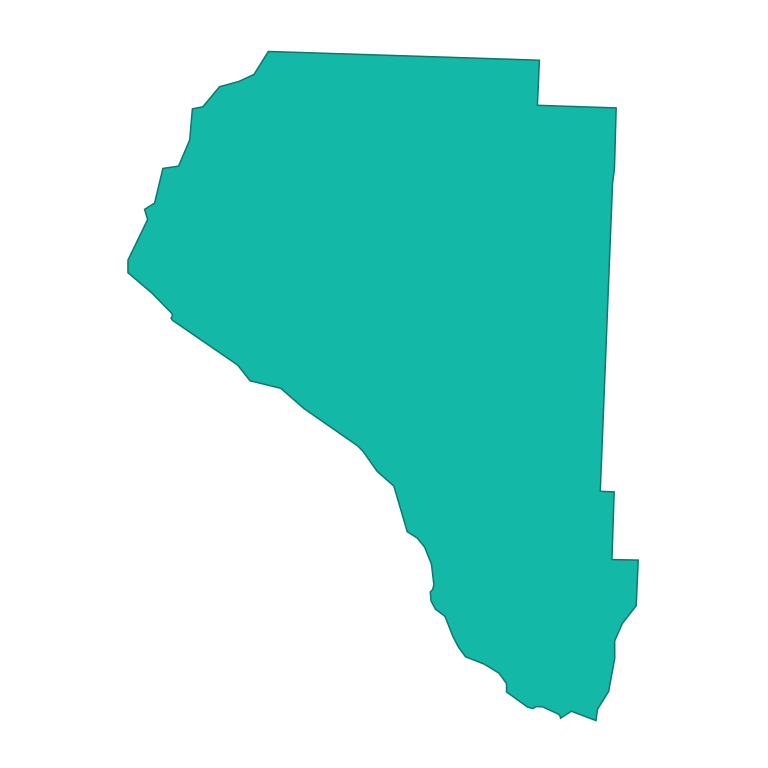 Taylor, Florida, United States of America (Equal Earth projection), rotated 2°
{"feature_id": "52423323B58777265344291", "entity_name": "Taylor", "entity_type": "district", "adm_level": 2, "iso_a3": "USA", "parent_name": "United States of America", "parent_adm1": "Florida", "projection": "equal_earth", "projection_center": [-83.624, 29.985], "detail": "fine", "context": "isolated", "style": "filled", "palette": "teal", "viewbox_px": 768, "rotation_deg": 2, "n_neighbors": 0, "source": "geoboundaries", "source_scale": "gbopen_adm2", "svg_char_len": 991}
<svg xmlns="http://www.w3.org/2000/svg" viewBox="0 0 768 768"><g transform="rotate(2 384 384)"><path d="M256.8,55.7L243.3,79.1L228.4,86.7L209.3,92.6L193.2,113.3L182.9,115.7L181.3,146.8L171.1,173.4L155.5,176.3L148.4,211.2L138.6,217.8L142.0,227.9L123.8,269.1L124.2,281.7L148.9,301.3L169.1,320.5L170.3,322.7L168.9,325.8L170.6,327.9L237.1,370.2L250.0,385.5L280.9,391.9L305.2,411.6L359.9,446.8L365.5,452.2L380.4,471.8L397.4,485.7L412.4,530.8L422.7,536.9L430.3,545.6L437.7,562.3L440.8,582.6L439.9,587.5L437.5,590.3L438.6,599.1L443.1,607.1L453.1,614.2L461.6,633.7L467.6,644.4L475.0,653.8L494.3,660.6L509.0,669.0L516.9,679.1L517.2,687.5L538.7,701.9L544.3,703.2L547.0,701.2L553.5,701.0L570.2,708.0L571.7,710.2L572.1,711.8L582.7,704.5L607.6,713.0L608.7,701.7L619.2,683.5L624.2,650.0L623.5,632.7L630.6,615.0L643.8,596.8L644.2,551.1L617.9,551.5L617.8,483.8L603.9,483.7L605.4,175.4L606.8,161.1L606.4,100.0L527.6,100.1L528.0,55.0L256.8,55.7Z" fill="#14b8a6" stroke="#0f766e" stroke-width="1.5"/></g></svg>